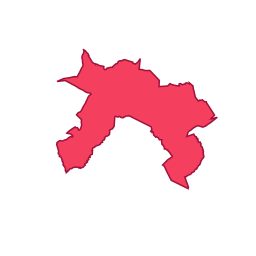 Chenalhó, Chiapas, Mexico (Natural Earth projection), rotated 220°
{"feature_id": "50627088B91790774450197", "entity_name": "Chenalhó", "entity_type": "district", "adm_level": 2, "iso_a3": "MEX", "parent_name": "Mexico", "parent_adm1": "Chiapas", "projection": "natural_earth1", "projection_center": [-92.559, 16.972], "detail": "fine", "context": "isolated", "style": "filled", "palette": "rose", "viewbox_px": 256, "rotation_deg": 220, "n_neighbors": 0, "source": "geoboundaries", "source_scale": "gbopen_adm2", "svg_char_len": 5806}
<svg xmlns="http://www.w3.org/2000/svg" viewBox="0 0 256 256"><g transform="rotate(220 128 128)"><path d="M212.3,118.0L206.6,124.0L194.3,126.6L191.1,126.9L186.5,128.1L182.9,128.5L181.0,129.4L179.5,130.5L178.0,130.2L178.6,127.8L178.3,125.5L177.3,122.5L177.2,121.4L176.6,119.9L175.9,115.1L175.2,112.5L174.9,110.5L174.9,109.9L175.6,108.5L176.0,107.6L175.9,105.0L168.9,104.5L168.7,104.3L168.1,103.0L165.6,100.6L165.0,99.8L164.8,99.1L164.1,97.5L163.9,96.2L163.7,95.5L164.0,95.0L164.5,94.8L165.2,95.0L166.1,95.6L166.5,95.7L167.3,95.6L167.6,95.2L168.3,94.8L168.6,94.7L169.2,94.8L170.4,91.0L171.2,88.0L171.6,84.7L171.0,84.9L170.8,85.5L170.0,85.5L169.2,86.1L167.8,86.6L166.2,86.6L165.2,86.4L164.9,86.0L164.8,85.7L165.0,85.1L165.8,84.8L166.2,84.9L166.8,83.7L167.0,82.7L167.3,82.3L167.4,81.1L167.4,80.3L167.6,79.8L168.3,79.0L169.7,76.2L170.2,75.6L171.9,74.7L172.3,74.1L172.7,72.8L173.0,71.1L172.6,70.8L172.3,69.8L171.8,69.3L170.1,68.3L168.9,67.3L168.0,66.9L167.4,66.6L166.9,66.0L165.8,65.2L165.6,64.8L165.4,64.0L165.2,63.7L163.3,63.2L162.8,63.2L162.7,62.6L162.5,62.3L162.2,62.1L161.1,62.5L160.6,62.6L160.1,62.3L158.9,61.8L158.4,61.3L158.1,61.3L157.9,61.1L157.6,60.6L157.0,60.4L156.8,60.2L156.5,60.4L156.0,60.2L155.9,59.9L155.2,59.7L154.8,59.4L154.5,58.4L154.2,58.2L154.1,58.4L153.8,58.3L153.2,57.7L152.7,57.8L152.5,57.6L152.1,57.6L150.8,57.2L149.2,56.0L148.8,55.2L148.3,55.2L148.2,54.9L147.6,54.7L147.4,54.7L147.1,54.5L146.8,54.1L146.6,54.0L146.5,54.5L146.7,55.2L146.1,55.8L146.2,56.0L146.7,56.2L146.7,56.5L146.6,56.9L146.1,57.5L146.3,58.5L146.3,59.0L146.1,59.4L145.6,60.0L144.9,61.0L144.8,62.1L144.6,62.3L144.6,62.6L142.7,64.5L142.5,64.9L141.8,65.2L141.1,65.9L140.7,66.0L140.2,65.7L139.9,65.9L139.8,66.7L139.5,67.0L139.2,67.0L138.8,66.5L138.4,66.7L138.1,67.8L137.6,68.3L137.3,68.8L137.1,70.1L137.1,71.3L137.0,71.7L136.9,71.9L136.9,72.1L137.6,72.3L137.8,72.7L138.1,73.0L138.0,73.4L137.6,74.2L137.4,74.4L137.3,75.1L137.5,75.2L137.2,76.0L137.8,76.3L138.2,76.2L138.4,76.5L138.4,77.1L137.8,78.0L137.8,78.5L137.9,78.8L138.4,78.9L138.7,79.2L139.0,79.7L139.0,80.1L139.0,80.4L138.2,81.0L138.1,81.4L138.2,81.6L138.6,81.7L139.0,81.2L139.1,81.3L139.4,82.4L139.4,83.0L138.5,84.8L138.7,85.2L139.3,86.2L140.1,86.8L140.4,87.7L141.0,87.5L141.3,87.6L141.2,88.3L142.0,89.5L142.2,90.2L141.9,90.5L141.2,91.8L141.1,93.3L140.1,95.2L139.3,96.3L138.9,97.3L138.9,98.3L139.1,99.0L139.1,99.4L138.6,100.0L138.4,100.8L138.9,100.8L138.9,101.0L139.1,101.1L139.3,102.2L139.2,102.9L138.7,103.3L138.6,103.8L138.9,104.4L138.8,104.8L139.6,105.2L139.5,107.3L139.4,107.6L138.8,108.4L138.4,109.1L138.1,110.6L138.2,111.5L140.7,114.7L139.4,117.4L139.7,120.3L145.2,128.0L145.3,128.6L145.0,129.0L142.9,129.8L142.4,130.4L142.2,131.2L142.0,131.4L140.2,131.6L139.8,131.7L139.7,131.9L139.2,132.2L138.9,132.4L138.3,132.7L138.3,133.6L137.8,134.0L137.5,134.8L137.2,136.1L137.0,136.3L135.8,137.0L135.5,137.3L135.3,138.0L111.1,143.8L108.9,142.2L108.3,139.9L107.8,140.1L107.8,140.7L107.4,140.9L106.7,140.1L106.0,140.9L104.0,139.2L100.8,138.8L100.5,139.7L97.9,139.9L96.5,139.1L94.5,140.8L93.9,139.5L91.5,137.3L90.8,137.3L90.3,137.5L90.0,137.2L89.6,137.2L88.3,136.8L87.5,136.2L86.7,135.3L86.0,135.8L84.5,136.5L83.6,136.1L82.5,136.6L82.0,136.1L80.7,136.1L79.7,135.7L79.1,135.8L78.0,135.1L76.2,135.1L75.8,134.5L75.6,134.4L77.1,129.4L77.7,121.9L75.4,122.0L69.9,119.4L61.2,115.7L43.0,120.2L43.6,120.9L43.6,121.5L53.0,127.0L52.3,127.6L52.1,128.6L51.5,130.8L50.7,131.9L50.5,132.5L50.1,134.3L50.4,134.8L50.4,135.1L49.3,137.0L49.8,138.9L49.6,140.2L49.1,140.6L49.9,144.5L49.7,144.9L49.4,146.0L49.9,147.1L50.2,148.5L51.0,149.8L50.9,150.2L51.3,152.5L51.1,153.0L51.3,154.5L51.9,155.2L52.3,155.6L53.0,155.8L53.1,156.1L53.9,156.9L54.0,157.1L54.4,157.2L55.1,158.4L56.1,159.2L56.5,159.5L56.7,159.4L56.8,159.7L57.2,160.1L57.8,160.2L58.6,160.9L59.0,161.1L59.6,161.2L60.1,161.0L60.4,161.3L61.3,161.4L61.7,162.7L63.8,163.6L64.3,162.6L64.9,162.8L65.2,162.6L65.6,163.1L66.2,163.3L66.5,163.2L66.6,163.7L67.0,164.2L67.4,164.4L67.6,164.3L67.9,164.7L68.8,163.9L69.7,165.1L70.0,165.2L71.0,164.7L71.5,164.9L72.6,165.0L72.9,165.3L73.7,165.6L77.4,159.4L77.6,160.1L78.0,160.5L78.6,161.8L79.3,163.5L79.2,164.9L78.6,166.4L77.9,170.1L76.9,173.0L75.8,174.9L74.8,175.2L71.2,176.8L70.9,177.4L69.9,179.1L69.0,182.6L68.2,185.3L66.5,193.6L67.2,192.5L67.7,192.0L68.4,190.6L69.5,189.2L70.5,188.3L70.1,191.4L70.0,193.5L83.7,197.7L84.9,198.4L86.0,197.4L89.2,197.4L89.9,196.0L90.9,195.7L91.3,193.9L96.2,194.9L103.6,200.4L105.3,202.0L110.0,202.0L109.3,201.4L109.7,201.3L110.5,200.9L111.5,200.6L112.3,200.0L112.8,199.4L112.8,198.7L112.5,198.2L113.8,197.0L114.3,196.0L116.3,195.8L117.0,195.2L117.1,194.8L117.0,194.3L115.8,193.0L117.2,192.1L118.9,191.1L123.0,189.2L124.4,189.0L124.5,186.8L124.6,185.7L130.8,179.7L132.2,181.4L134.6,184.6L148.2,186.1L152.1,182.8L152.5,182.8L155.0,181.6L157.2,180.1L163.2,189.0L162.8,185.4L162.9,184.1L163.6,181.5L166.1,180.9L166.7,181.5L174.7,178.1L175.1,177.3L175.3,177.2L175.6,176.8L175.7,176.2L175.8,175.6L176.5,174.9L177.2,174.6L177.6,174.0L178.1,172.9L178.0,171.8L177.7,170.9L177.8,170.3L177.9,170.2L178.2,169.6L178.5,169.4L178.8,167.5L179.0,166.9L178.9,165.9L179.2,164.9L179.0,164.5L179.0,164.3L179.4,163.9L180.2,163.5L181.3,162.1L181.7,161.0L182.5,160.7L182.4,159.6L182.4,159.2L182.9,158.6L182.9,158.1L183.0,157.9L184.4,157.8L185.1,158.2L185.6,159.1L186.0,159.6L187.7,158.9L188.0,158.5L188.4,158.2L190.7,157.3L193.0,156.9L193.4,155.8L194.5,156.2L195.7,155.4L198.1,155.6L202.6,157.2L204.7,157.8L204.6,158.4L206.8,159.3L208.5,159.2L209.6,159.7L212.0,159.5L213.0,159.7L211.1,158.5L210.9,158.2L210.2,156.8L209.9,155.2L209.7,154.4L209.1,153.1L208.5,152.2L208.3,152.0L207.9,151.9L206.4,150.6L204.9,148.9L203.3,147.8L202.6,146.8L202.2,145.7L202.1,144.3L201.2,140.9L199.8,134.6L202.1,132.9L205.7,128.2L209.0,124.6L212.3,118.0Z" fill="#f43f5e" stroke="#9f1239" stroke-width="1.5"/></g></svg>